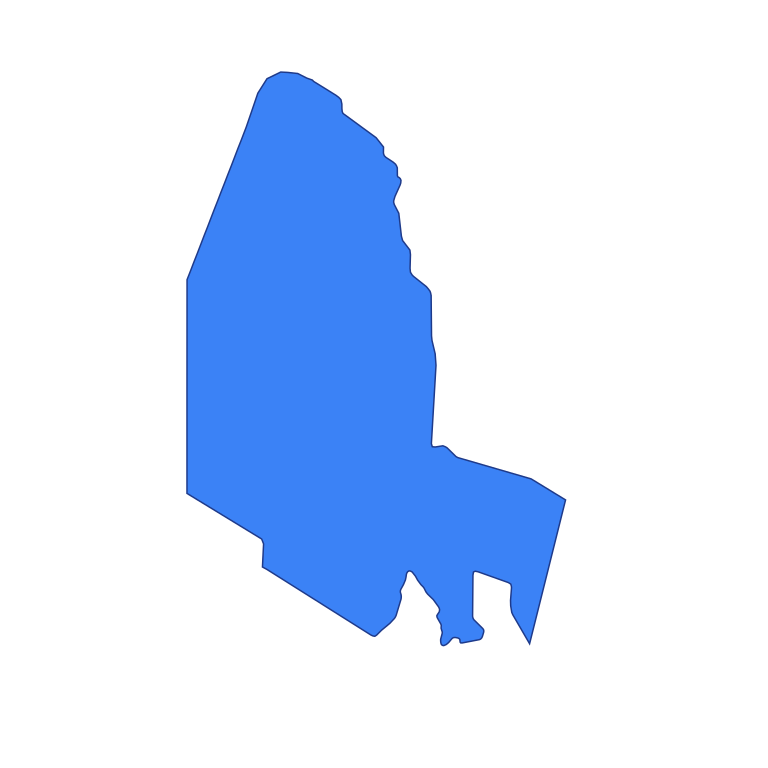 SVG path tracing the border of Lac, rotated 32°
{"feature_id": "TCD-1466", "entity_name": "Lac", "entity_type": "Prefecture", "adm_level": 1, "iso_a3": "TCD", "parent_name": "Chad", "parent_adm1": "", "projection": "natural_earth1", "projection_center": [14.654, 13.759], "detail": "fine", "context": "isolated", "style": "filled", "palette": "blue", "viewbox_px": 768, "rotation_deg": 32, "n_neighbors": 0, "source": "natural_earth", "source_scale": "10m", "svg_char_len": 2414}
<svg xmlns="http://www.w3.org/2000/svg" viewBox="0 0 768 768"><g transform="rotate(32 384 384)"><path d="M274.9,581.2L218.3,490.6L161.7,399.9L160.0,390.7L158.2,381.5L156.5,372.3L154.7,363.0L152.9,353.8L151.2,344.6L149.4,335.4L147.6,326.1L145.9,316.9L144.1,307.7L142.4,298.5L140.6,289.2L138.9,280.0L137.1,270.8L135.3,261.6L133.6,252.3L131.0,239.0L127.6,224.3L122.9,204.2L123.0,187.1L131.1,174.2L137.4,170.7L146.3,166.4L156.4,165.5L162.2,164.2L164.0,164.7L190.3,164.6L193.7,164.9L196.8,165.7L199.9,168.9L202.4,172.8L204.2,175.1L205.9,176.3L246.8,179.3L258.0,183.3L261.1,188.4L262.1,189.4L263.4,190.3L265.6,190.8L274.3,191.0L277.3,191.5L278.9,192.3L280.7,193.6L285.0,200.3L286.0,201.0L287.6,200.9L289.1,201.3L290.5,202.3L291.7,204.7L292.2,206.7L293.9,219.1L295.1,223.4L296.0,224.9L297.7,226.4L306.1,231.4L320.4,249.4L323.8,252.5L335.0,256.7L337.9,260.3L344.8,272.1L347.2,275.2L350.0,276.6L352.0,277.1L368.4,279.0L371.2,279.9L373.8,280.9L375.3,282.1L377.1,284.0L398.8,318.0L401.6,321.6L411.4,331.3L418.2,340.6L455.8,409.5L458.2,411.6L460.8,410.3L466.7,405.2L469.5,404.7L471.3,404.7L483.5,407.4L485.6,407.3L559.1,386.5L599.4,386.1L645.1,527.1L615.6,511.5L613.4,510.0L609.0,505.0L606.0,500.5L600.1,489.2L599.1,487.9L597.5,486.5L594.7,486.5L563.3,493.4L560.6,494.4L559.5,496.0L560.8,499.1L582.2,534.0L583.0,534.9L584.0,535.7L585.2,536.3L597.2,539.0L598.5,539.5L599.5,540.5L600.1,541.8L601.3,546.2L601.4,547.7L601.1,549.1L600.4,550.2L587.7,562.0L586.3,562.9L585.4,562.6L583.6,560.4L582.4,560.1L581.0,560.3L579.0,561.1L578.3,561.5L577.4,562.2L576.7,563.3L576.4,564.9L575.9,568.5L575.4,570.4L574.7,572.2L573.3,574.2L572.0,574.7L570.7,574.5L569.7,573.7L568.8,572.7L568.0,571.6L567.3,570.4L565.5,564.6L564.8,563.4L563.8,562.6L562.8,561.7L561.8,560.8L560.5,558.4L559.5,557.5L553.4,554.2L552.4,553.5L551.6,552.5L551.5,551.2L551.6,548.0L551.1,546.7L550.5,545.6L549.5,544.8L548.4,544.1L540.0,540.7L532.5,539.1L530.0,538.2L528.3,537.2L527.2,536.5L526.0,535.8L524.7,535.3L521.7,534.6L516.4,532.5L512.5,530.3L507.5,528.5L505.6,528.6L504.3,529.2L503.6,530.5L503.5,532.0L503.8,533.4L505.0,536.1L506.0,538.8L506.8,543.8L507.1,549.3L507.5,550.8L508.2,551.9L510.2,553.7L511.1,554.8L511.8,556.0L512.4,557.3L516.9,573.8L517.1,575.4L517.1,577.2L515.8,583.8L512.4,594.1L510.8,600.9L509.9,602.8L508.2,603.5L506.1,603.8L382.8,603.3L377.9,603.6L366.6,583.4L362.4,580.3L274.9,581.2Z" fill="#3b82f6" stroke="#1e3a8a" stroke-width="1.5"/></g></svg>